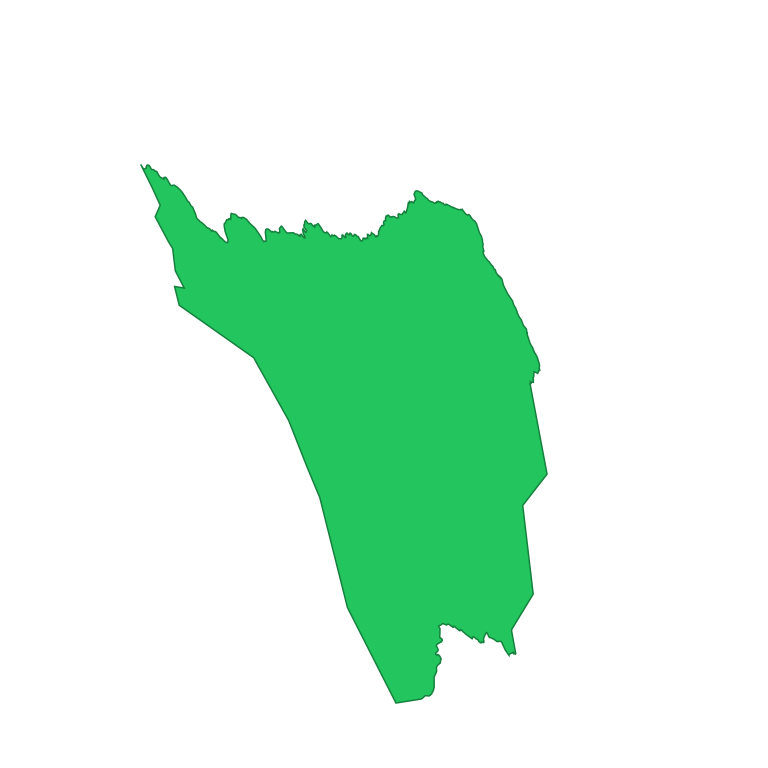 the district of Kárášjohka sme 1, Finnmark, Norway, rotated 245°
{"feature_id": "86288312B66062966513984", "entity_name": "Kárášjohka sme 1", "entity_type": "district", "adm_level": 2, "iso_a3": "NOR", "parent_name": "Norway", "parent_adm1": "Finnmark", "projection": "equal_earth", "projection_center": [25.507, 69.392], "detail": "fine", "context": "isolated", "style": "filled", "palette": "green", "viewbox_px": 768, "rotation_deg": 245, "n_neighbors": 0, "source": "geoboundaries", "source_scale": "gbopen_adm2", "svg_char_len": 6138}
<svg xmlns="http://www.w3.org/2000/svg" viewBox="0 0 768 768"><g transform="rotate(245 384 384)"><path d="M85.5,299.3L87.9,301.3L97.1,305.5L101.2,310.2L105.2,311.9L106.4,313.5L107.4,317.1L109.8,318.6L110.5,319.6L113.9,319.5L115.3,319.1L116.2,318.3L115.9,317.4L117.0,316.7L117.7,316.9L118.5,317.8L119.1,319.7L120.1,320.7L121.6,320.9L124.5,320.8L125.3,321.5L125.8,322.5L126.1,327.3L127.1,328.6L128.3,328.8L130.9,327.4L135.3,329.8L138.9,331.4L141.4,331.1L141.7,332.0L141.6,333.8L142.1,336.1L139.1,338.8L139.5,340.3L138.4,341.5L135.7,342.9L135.4,343.5L134.4,343.6L134.3,343.9L135.2,344.4L135.0,345.0L128.7,348.1L128.3,348.6L128.7,349.1L128.3,349.7L128.6,349.9L128.3,350.1L122.5,352.5L115.8,356.2L116.0,356.6L117.3,357.3L116.4,358.9L114.1,359.8L112.1,361.2L110.5,361.1L108.6,362.1L108.4,362.6L109.1,363.8L107.7,364.5L107.6,365.2L109.1,366.0L110.5,366.2L111.6,367.1L113.1,368.5L115.5,371.7L115.4,371.9L114.6,372.2L110.0,372.3L109.4,372.7L108.6,374.0L107.3,374.7L106.9,375.4L102.9,377.5L101.1,381.5L91.8,381.5L85.2,382.6L86.1,383.2L86.2,387.0L84.6,387.6L84.8,388.0L85.4,388.1L83.7,388.8L83.9,389.4L106.3,395.3L107.8,396.3L130.5,430.4L215.3,458.4L233.4,493.7L322.6,516.5L322.9,516.8L322.7,517.1L323.9,517.5L323.3,517.7L323.8,517.9L323.7,518.3L323.0,518.4L323.2,518.7L322.4,520.1L324.2,520.7L324.3,521.1L325.7,521.3L326.7,521.9L327.6,523.0L331.7,525.0L331.0,525.9L328.7,527.8L329.9,529.2L330.0,529.6L331.8,530.7L331.2,531.1L333.4,531.7L334.8,532.7L336.2,533.1L342.8,534.1L344.8,534.2L349.3,533.7L354.7,534.1L356.4,533.7L359.1,533.6L367.4,534.6L369.7,535.1L369.4,535.3L369.6,535.5L371.2,535.5L373.5,536.3L378.2,535.1L384.3,535.5L387.4,534.9L392.2,534.8L393.4,535.2L397.4,535.4L401.1,535.0L404.8,535.6L413.3,534.2L418.0,534.1L423.1,534.0L429.2,535.2L431.6,534.6L431.2,534.3L433.7,533.7L433.4,533.4L434.0,533.2L437.3,532.7L440.5,533.1L440.9,532.9L440.8,532.7L441.7,532.4L444.3,532.4L447.6,531.4L450.4,531.0L451.2,530.5L456.5,529.1L458.3,529.0L461.8,529.4L462.3,529.9L462.0,530.4L462.2,530.7L466.5,531.4L468.5,532.8L471.8,533.5L472.9,534.1L476.8,534.7L480.6,534.4L490.3,535.6L493.6,535.0L494.7,534.2L497.3,533.4L499.8,533.2L501.3,532.7L501.7,532.5L501.3,531.4L503.9,529.7L509.3,528.7L509.1,528.1L509.7,527.6L510.2,525.4L511.3,524.7L511.6,523.9L514.6,521.6L514.8,521.4L514.5,521.2L514.8,520.9L520.2,516.9L520.7,516.2L520.0,515.8L520.5,514.9L521.3,514.3L522.6,514.1L522.7,513.7L524.5,512.2L525.5,511.7L525.7,510.9L526.8,510.3L526.3,509.6L526.9,508.6L526.2,508.0L526.5,507.4L526.2,506.6L526.4,506.1L528.3,505.0L529.3,504.1L529.5,503.4L531.7,502.1L534.0,501.5L534.8,500.8L539.3,498.9L541.0,499.1L544.5,496.3L545.5,494.7L545.1,493.4L543.4,491.5L541.7,491.2L539.6,491.2L537.5,490.4L537.3,489.2L536.1,488.2L536.1,487.2L535.9,487.0L537.6,486.3L537.3,484.9L538.6,484.3L537.4,483.6L538.2,483.2L538.1,482.7L533.9,479.9L529.9,476.2L530.0,475.9L532.0,475.4L531.3,474.6L531.3,474.1L530.7,473.0L530.2,472.7L530.1,472.0L531.0,470.1L531.9,469.5L531.7,469.2L531.9,468.8L531.6,468.3L528.6,467.4L528.6,467.1L529.2,465.4L531.0,464.3L532.0,463.1L532.0,461.9L532.5,461.3L532.4,460.6L532.6,460.1L534.4,459.7L535.3,459.0L535.5,458.3L535.0,458.0L534.8,457.5L535.3,456.9L533.8,455.5L531.4,454.6L531.8,453.9L531.4,452.4L529.8,451.5L528.7,451.4L527.8,450.6L528.6,449.1L527.0,446.5L525.5,444.7L524.6,444.3L524.5,443.6L521.6,442.0L520.6,441.0L520.5,440.5L521.4,439.9L521.4,439.5L520.7,439.0L521.0,438.7L523.6,438.3L524.6,437.5L526.5,436.6L525.0,435.5L524.2,434.1L524.6,433.5L526.2,432.9L526.6,432.2L522.8,430.7L523.9,429.3L523.4,428.6L523.3,428.1L524.7,427.6L525.0,426.7L523.0,425.0L523.4,424.4L523.3,423.7L523.9,423.4L528.6,422.9L528.6,422.5L529.4,422.0L531.2,421.4L532.1,420.4L530.9,418.8L531.3,418.2L532.1,417.8L534.3,417.6L535.0,417.2L535.1,416.8L533.8,415.4L534.5,414.9L536.3,414.4L536.5,414.0L535.7,412.2L533.2,411.5L533.0,411.2L533.3,410.5L534.8,410.3L535.0,409.9L536.5,409.6L536.6,408.7L534.6,408.0L533.7,406.9L534.8,404.4L538.8,402.8L539.2,402.2L539.9,401.9L539.7,400.9L540.2,400.2L541.1,399.9L540.2,399.0L540.0,398.0L545.1,396.9L546.0,396.3L545.5,395.6L545.7,395.3L545.7,394.9L547.4,393.4L552.9,392.9L557.1,392.1L557.3,391.4L556.6,390.2L557.3,388.3L555.5,387.9L555.5,387.4L557.2,386.7L557.6,386.3L560.1,385.8L560.8,384.9L560.8,383.6L562.0,382.9L565.5,382.1L564.6,380.7L562.1,379.3L561.9,379.1L562.1,378.8L561.2,378.2L559.9,378.0L555.6,378.7L555.2,377.8L554.5,377.5L554.7,377.0L555.1,376.8L558.9,376.3L558.3,375.4L554.4,374.5L550.8,374.5L549.8,374.0L551.0,373.0L554.6,372.4L554.9,371.2L554.4,370.7L553.5,370.5L553.7,369.9L556.6,368.5L557.3,366.9L559.4,365.8L561.7,360.2L563.2,359.4L569.8,358.1L570.5,357.6L569.2,355.0L565.6,353.7L565.4,353.5L565.7,353.0L565.3,352.7L566.3,351.4L568.5,349.7L568.3,348.1L569.3,347.3L569.3,346.5L573.2,344.6L573.6,344.2L574.1,343.0L573.9,342.1L571.7,340.6L563.4,337.7L563.2,337.3L564.0,336.2L563.8,335.3L565.4,334.8L569.7,334.6L579.3,333.1L586.4,330.3L591.3,329.0L594.4,327.0L595.0,325.6L594.3,324.8L595.6,324.0L596.2,323.1L596.1,322.6L600.4,321.2L602.3,318.5L603.1,317.8L602.7,317.1L598.1,314.7L599.3,313.7L599.3,313.0L598.6,312.3L599.3,311.4L599.3,310.7L597.0,308.3L597.1,307.4L596.5,306.8L594.6,305.9L589.5,304.5L580.6,303.6L578.7,302.5L578.3,302.1L578.3,301.5L579.9,300.1L585.1,298.2L585.8,297.6L592.6,296.1L593.6,295.4L594.2,294.3L596.0,293.4L595.3,292.5L595.6,292.3L598.3,291.6L600.1,290.2L600.1,289.8L604.7,288.2L608.2,286.5L608.8,286.0L611.1,285.3L612.1,284.6L614.1,284.4L617.7,285.0L625.2,285.3L627.1,284.4L631.0,284.2L633.3,283.2L636.4,283.1L642.2,282.3L645.6,281.5L649.6,279.9L652.8,278.0L653.3,277.0L653.3,275.7L654.1,274.8L657.3,274.2L661.0,274.1L663.7,273.4L664.1,271.8L662.7,271.1L666.1,268.6L668.3,268.1L672.6,267.8L673.3,267.4L673.7,266.5L675.6,265.8L676.7,264.0L680.6,263.7L681.8,263.2L682.3,262.5L682.4,261.6L681.4,260.4L680.2,259.5L680.0,258.5L680.3,257.6L680.6,257.1L681.6,256.8L685.8,256.3L659.4,256.9L640.6,256.7L632.3,247.3L603.9,248.8L596.1,249.7L574.7,242.7L555.4,243.5L560.9,235.4L541.9,231.7L462.9,277.0L391.0,282.2L341.5,279.2L308.1,277.8L196.8,256.4L89.8,260.0L82.8,284.6L82.9,285.9L84.0,289.3L83.8,290.3L82.2,293.0L82.5,294.9L83.3,296.5L85.5,299.3Z" fill="#22c55e" stroke="#15803d" stroke-width="1.5"/></g></svg>